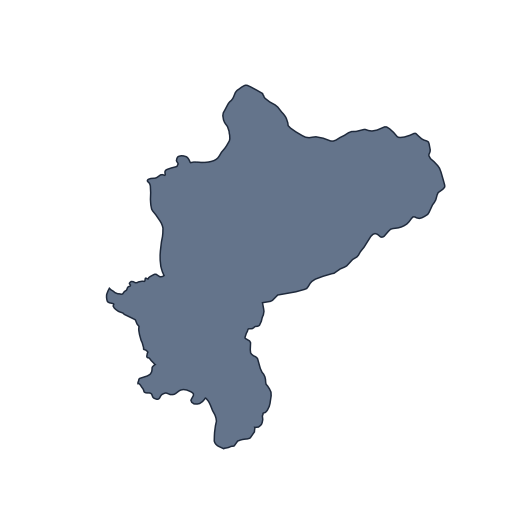 outline of Lao Cai, Lào Cai, Vietnam, rotated 209°
{"feature_id": "81297802B32838967164839", "entity_name": "Lao Cai", "entity_type": "district", "adm_level": 2, "iso_a3": "VNM", "parent_name": "Vietnam", "parent_adm1": "Lào Cai", "projection": "albers", "projection_center": [103.995, 22.419], "detail": "fine", "context": "isolated", "style": "filled", "palette": "slate", "viewbox_px": 512, "rotation_deg": 209, "n_neighbors": 0, "source": "geoboundaries", "source_scale": "gbopen_adm2", "svg_char_len": 6090}
<svg xmlns="http://www.w3.org/2000/svg" viewBox="0 0 512 512"><g transform="rotate(209 256 256)"><path d="M297.4,87.2L297.2,87.4L296.7,87.5L295.7,87.5L294.6,87.1L292.4,85.9L291.0,85.3L290.1,84.8L289.4,84.3L288.4,83.3L287.9,82.9L287.3,82.8L286.3,82.9L285.6,83.1L282.7,84.6L281.9,84.8L281.1,84.8L280.3,84.6L277.9,82.6L276.7,82.2L276.0,82.2L274.4,82.4L273.4,82.6L272.6,83.0L272.1,83.5L271.7,84.2L271.5,85.0L271.5,87.8L271.4,88.3L271.0,89.5L269.7,91.3L268.6,92.4L267.4,92.8L263.9,93.2L262.7,93.8L261.4,94.6L260.4,95.5L259.6,96.8L258.2,100.0L257.5,101.4L256.6,102.5L254.8,104.0L251.7,105.2L248.2,105.6L246.5,105.7L244.9,105.5L243.9,105.1L243.2,103.8L243.1,103.0L243.1,99.8L243.0,98.3L241.3,96.9L238.5,96.6L235.7,98.0L233.8,99.6L232.2,102.8L231.5,106.1L231.6,106.5L231.5,107.0L231.4,107.2L230.5,107.2L227.8,106.2L226.0,105.2L223.5,103.4L219.0,99.7L215.5,97.5L214.3,96.6L212.3,94.7L210.5,92.3L209.2,87.9L206.7,81.6L205.1,78.3L202.8,73.9L201.4,72.7L199.8,71.9L197.8,71.4L196.3,71.4L190.7,71.8L190.5,72.5L189.4,73.3L187.3,75.1L185.4,77.5L183.5,78.8L183.0,79.4L182.7,82.1L182.4,84.4L182.4,85.1L180.4,87.5L178.8,89.0L177.0,90.4L174.8,91.9L173.1,93.6L172.8,94.6L172.3,99.7L172.1,101.5L172.4,101.9L173.6,105.0L174.1,105.5L173.6,105.7L170.9,107.6L170.0,109.8L169.6,111.3L169.8,113.1L170.6,115.7L170.9,116.4L172.9,119.2L173.1,120.9L173.5,121.5L173.5,122.1L172.0,123.7L171.5,125.4L171.3,126.9L171.5,130.8L172.3,133.9L175.0,141.1L176.9,144.2L179.8,146.3L182.8,147.9L185.0,148.7L186.2,150.1L187.9,152.7L189.6,154.6L192.0,156.3L194.3,157.2L197.7,159.7L204.8,166.9L205.9,167.4L207.6,167.7L209.9,167.5L212.1,167.9L213.7,168.6L215.6,171.3L218.7,177.5L220.1,178.4L220.7,178.6L225.0,178.7L225.7,178.9L226.2,179.6L227.0,183.8L227.0,185.8L227.4,187.7L227.4,188.1L227.2,188.7L224.1,190.6L223.2,192.2L222.9,193.4L222.2,194.2L220.8,195.1L219.9,196.1L219.4,197.1L219.7,201.5L220.6,204.7L220.9,206.4L221.0,208.0L222.2,211.4L223.8,213.6L227.7,218.3L221.4,223.3L220.1,225.2L218.1,232.4L203.8,244.0L197.5,250.2L195.9,252.1L195.5,254.7L195.4,258.3L194.8,260.9L192.9,264.5L187.5,270.8L181.0,277.4L179.4,278.7L176.1,285.5L173.2,289.2L171.9,291.3L169.8,299.8L167.3,304.1L166.8,306.4L166.8,310.0L166.2,313.8L165.8,315.8L165.1,328.8L164.2,331.7L162.8,333.3L160.9,333.8L159.3,333.7L156.5,333.1L155.6,333.2L154.3,334.1L153.5,335.4L152.1,342.0L151.3,344.6L149.8,346.2L145.2,349.6L143.0,351.8L141.2,354.2L139.6,357.1L138.8,360.0L138.2,364.3L137.6,366.4L135.9,367.2L134.2,367.2L131.4,368.0L129.5,369.8L127.8,372.3L126.0,375.6L125.8,378.0L126.4,386.3L126.0,389.3L126.0,392.3L127.2,397.2L127.4,399.8L124.9,405.1L124.4,407.4L124.6,408.3L125.3,409.4L128.9,413.1L134.8,419.0L138.0,421.7L140.8,423.1L146.1,424.8L150.5,425.7L153.4,427.5L154.0,428.6L154.2,430.7L154.5,432.0L155.1,433.3L158.9,437.9L160.5,439.3L162.3,439.4L165.5,438.8L168.0,438.8L172.1,439.7L175.4,440.6L176.1,440.5L177.2,439.8L179.9,436.2L183.9,432.0L187.1,429.7L188.8,428.9L190.3,428.8L195.6,430.8L200.8,432.0L204.3,432.2L206.1,431.3L211.2,424.8L215.2,421.5L218.3,420.3L222.0,419.6L222.9,419.0L228.8,413.5L232.7,411.2L234.9,408.6L237.2,404.3L239.9,400.4L242.2,396.2L244.2,393.9L246.4,392.8L254.3,391.6L261.4,389.3L264.2,387.3L266.9,385.2L270.3,383.9L273.9,383.7L281.4,383.9L287.9,384.6L291.1,385.6L292.7,387.8L295.8,390.7L297.1,391.7L299.0,392.7L301.1,393.6L303.3,394.3L309.2,396.8L310.9,397.1L312.5,397.4L318.8,397.4L324.6,398.3L325.9,398.9L327.2,400.0L328.4,400.6L329.0,401.3L335.7,401.4L342.8,401.3L346.4,401.0L347.8,400.4L348.8,399.4L350.4,396.8L351.8,393.7L352.7,392.0L353.0,390.9L353.3,389.0L352.7,383.8L352.7,382.2L353.0,380.1L353.7,378.3L354.1,376.1L354.1,373.8L354.0,368.9L354.0,365.3L353.0,362.6L350.4,359.3L348.4,357.7L346.8,356.8L345.0,356.0L343.6,355.3L339.9,351.9L338.9,350.4L337.6,348.9L335.7,345.8L335.1,343.8L335.2,337.9L335.5,335.0L336.5,330.0L336.6,325.8L336.9,323.3L337.6,321.4L339.0,319.1L341.0,317.0L343.3,315.0L345.9,313.2L349.2,311.3L351.7,310.2L355.8,308.1L358.5,305.9L359.1,306.1L361.4,307.8L363.2,308.7L364.4,309.0L365.3,309.0L367.9,308.4L369.9,307.5L371.7,305.9L372.3,305.1L372.5,304.3L372.5,303.1L372.1,301.7L371.8,300.8L371.0,300.2L369.1,299.2L368.7,298.5L368.6,296.0L369.3,295.2L372.8,291.9L375.5,288.9L376.3,287.8L376.6,286.9L376.6,285.9L375.9,284.5L375.0,283.6L374.8,282.9L374.9,282.3L377.3,281.8L378.8,280.7L380.7,276.7L381.9,275.2L385.6,272.8L387.3,270.9L387.6,270.1L387.6,269.4L387.3,268.9L386.5,268.5L385.1,268.2L383.7,267.4L382.4,266.1L378.8,260.3L375.8,254.4L373.9,251.4L372.6,249.5L370.1,246.5L368.4,245.4L363.7,243.5L357.1,240.2L355.0,239.0L353.7,238.0L352.5,237.0L350.9,235.3L348.6,230.9L347.2,227.6L345.5,222.4L342.1,214.1L340.3,210.3L337.8,205.9L334.3,200.9L332.4,198.9L330.1,196.7L326.9,194.3L327.5,193.2L328.2,192.4L329.7,191.3L331.5,191.3L333.5,191.5L334.5,191.6L335.1,191.3L335.9,190.8L336.5,190.0L338.6,186.7L339.3,185.1L339.3,183.6L339.8,183.4L341.4,183.3L341.7,183.2L341.9,182.9L341.8,182.2L341.2,180.8L341.2,180.0L341.3,179.7L343.3,178.8L345.6,176.9L346.3,176.3L347.0,175.1L348.2,174.3L348.7,174.1L351.0,174.0L352.8,173.2L353.3,172.0L353.5,170.9L353.4,170.6L353.1,170.3L351.8,169.8L351.6,169.5L351.5,168.9L351.6,168.5L352.7,167.3L352.9,166.8L353.0,165.9L352.8,164.5L352.7,163.4L353.1,162.5L353.9,161.1L354.2,158.3L354.8,157.6L355.5,157.1L356.6,156.9L358.8,155.9L361.6,155.6L363.7,156.0L366.4,156.1L368.6,156.7L368.5,153.7L368.0,150.1L367.5,148.9L366.7,147.4L365.6,145.9L364.3,144.5L363.4,144.0L361.6,144.0L358.2,145.0L357.3,145.1L357.0,144.9L356.7,143.0L354.8,141.8L353.0,141.3L350.0,140.9L349.0,140.9L344.8,141.6L343.8,141.3L342.8,141.1L333.6,141.6L330.6,141.7L327.0,138.8L324.2,137.7L323.2,135.3L322.2,133.8L319.8,130.8L315.6,126.5L313.5,125.0L309.5,120.9L309.4,120.3L309.1,120.0L308.7,119.9L306.9,120.3L304.4,119.8L303.9,119.3L303.9,118.3L303.0,115.6L302.6,114.9L302.2,114.7L301.5,114.5L300.5,114.9L299.9,114.9L299.4,114.8L296.9,113.7L293.4,112.7L292.2,112.2L291.6,112.2L292.0,111.3L292.7,109.4L292.8,108.6L292.7,107.9L291.8,106.1L291.4,105.0L291.1,103.9L291.2,101.8L291.3,101.1L292.9,98.4L298.4,92.5L298.6,92.1L298.5,90.8L298.2,90.1L297.9,88.1L297.4,87.2Z" fill="#64748b" stroke="#1e293b" stroke-width="1.5"/></g></svg>